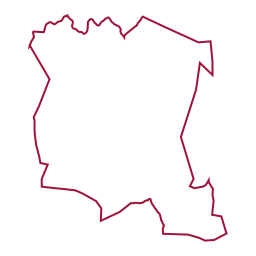 San Agustín Atenango, Oaxaca, Mexico
{"feature_id": "50627088B1343071024100", "entity_name": "San Agustín Atenango", "entity_type": "district", "adm_level": 2, "iso_a3": "MEX", "parent_name": "Mexico", "parent_adm1": "Oaxaca", "projection": "albers", "projection_center": [-97.996, 17.585], "detail": "fine", "context": "isolated", "style": "outline", "palette": "rose", "viewbox_px": 256, "rotation_deg": 0, "n_neighbors": 0, "source": "geoboundaries", "source_scale": "gbopen_adm2", "svg_char_len": 2585}
<svg xmlns="http://www.w3.org/2000/svg" viewBox="0 0 256 256"><path d="M212.5,74.6L212.5,61.5L210.5,41.3L198.6,42.4L166.1,27.6L151.4,20.7L143.7,17.1L142.8,16.6L141.7,17.7L140.9,19.7L139.4,21.4L137.9,23.0L136.8,25.3L126.4,33.6L125.5,34.4L124.3,36.1L124.2,36.8L124.2,37.4L123.7,36.7L123.1,35.6L121.9,34.4L121.0,33.3L120.6,32.1L120.4,31.1L120.8,29.5L119.4,26.8L118.2,26.1L115.9,24.9L114.4,24.3L113.1,22.9L112.1,22.3L111.3,21.3L110.7,20.3L110.3,19.6L110.1,19.3L109.7,18.9L108.6,17.5L107.4,17.7L106.4,18.1L105.8,18.7L105.2,18.9L104.5,19.6L103.8,20.5L103.2,21.0L102.4,21.3L101.7,21.7L101.0,22.6L100.0,23.8L99.6,24.8L98.6,25.5L97.2,25.3L96.6,24.4L95.7,23.7L95.0,23.0L94.3,22.4L93.9,21.7L93.5,21.1L93.1,20.2L92.4,19.5L91.5,19.1L90.7,19.2L89.9,19.6L89.0,20.5L87.8,22.4L88.0,24.2L87.6,25.9L87.9,26.9L87.6,28.0L87.5,29.0L87.5,29.6L87.1,31.0L86.8,31.7L85.6,33.0L85.0,33.5L84.6,33.7L84.0,33.8L83.1,33.6L82.7,32.8L81.7,32.1L78.7,31.8L77.3,30.6L76.6,29.7L75.6,29.1L73.2,28.4L72.7,27.9L72.1,26.4L72.1,25.2L72.6,24.1L72.7,23.7L72.8,22.1L72.8,21.6L72.5,21.0L72.0,20.3L71.3,19.8L70.7,19.5L69.8,18.6L68.2,16.8L67.1,16.4L67.3,15.4L64.0,16.7L62.0,20.0L61.5,20.7L57.7,22.0L55.5,23.8L54.3,24.3L50.9,22.3L49.7,22.2L46.9,23.8L45.8,25.1L43.8,32.2L35.9,31.7L33.4,31.6L33.0,32.6L34.0,37.0L30.9,42.2L30.2,44.7L29.7,45.1L29.5,46.5L30.0,45.9L49.5,79.2L39.0,106.1L33.7,117.2L34.6,120.8L34.5,129.9L34.7,131.7L34.8,133.9L36.0,144.3L39.2,156.5L40.4,163.0L47.7,164.6L41.7,179.1L41.7,179.6L41.8,186.7L47.2,187.3L52.3,187.9L65.7,189.2L68.1,189.5L68.3,189.5L68.5,189.6L75.1,190.3L82.8,193.6L96.2,201.2L101.3,208.4L101.3,208.8L100.8,220.8L112.8,215.2L119.6,212.0L130.9,203.1L133.1,203.3L134.6,202.9L138.1,202.9L139.2,203.4L140.4,203.0L141.9,202.9L142.6,202.5L143.0,202.5L144.9,201.0L145.7,200.8L146.1,200.5L146.9,200.5L147.4,200.0L148.1,200.1L148.8,199.2L149.6,198.9L150.5,199.1L150.9,201.1L151.8,203.3L154.9,208.1L155.8,209.1L156.8,210.6L157.2,211.4L159.5,213.8L159.8,214.3L161.0,218.9L161.1,220.2L161.6,221.0L162.3,221.6L162.5,222.9L162.7,223.6L163.7,224.9L164.0,225.4L163.5,226.7L163.1,227.9L162.8,230.1L163.0,232.6L163.2,233.8L188.0,234.6L199.5,238.0L205.1,240.6L214.1,240.0L226.5,233.5L222.0,218.6L221.3,216.5L221.3,216.4L212.2,214.8L212.6,210.1L213.6,201.2L213.2,198.7L212.9,196.8L212.5,195.1L212.6,193.8L212.9,189.0L208.8,182.2L208.7,180.3L208.7,180.2L207.7,181.9L205.7,185.2L203.6,186.2L202.3,186.8L200.4,187.1L198.1,187.5L195.9,187.9L194.8,188.2L193.8,188.0L192.2,187.2L190.1,186.2L189.9,186.2L193.6,179.0L180.9,137.0L196.0,89.9L199.9,62.9L212.5,75.0L212.5,74.6Z" fill="none" stroke="#9f1239" stroke-width="2"/></svg>